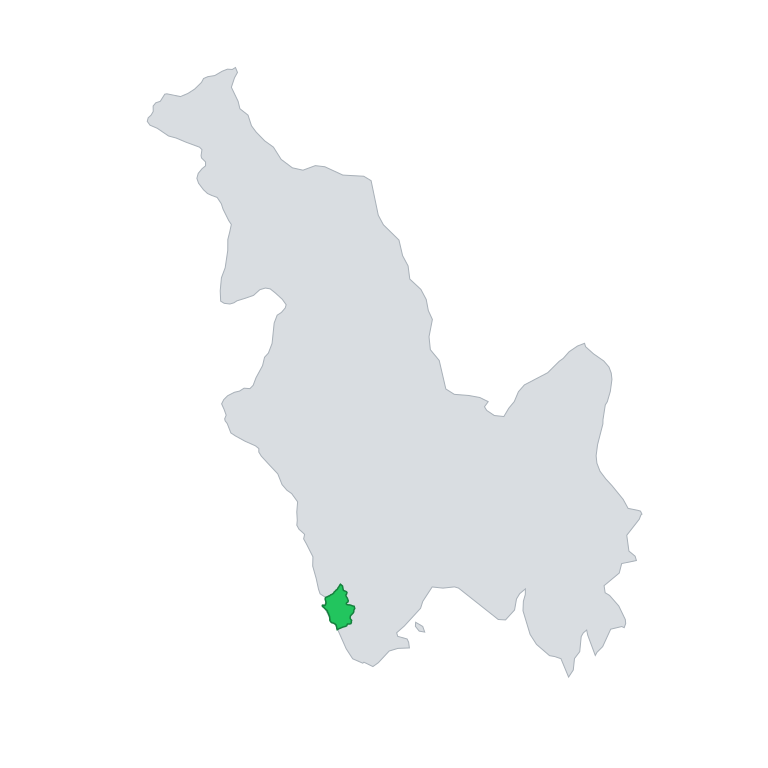 Sakju, P'yŏngan-bukto, North Korea shown in context, rotated 282°
{"feature_id": "82179303B80718033581165", "entity_name": "Sakju", "entity_type": "district", "adm_level": 2, "iso_a3": "PRK", "parent_name": "North Korea", "parent_adm1": "P'yŏngan-bukto", "projection": "robinson", "projection_center": [124.843, 40.331], "detail": "fine", "context": "in_parent", "style": "filled", "palette": "green", "viewbox_px": 768, "rotation_deg": 282, "n_neighbors": 0, "source": "geoboundaries", "source_scale": "gbopen_adm2", "svg_char_len": 6304}
<svg xmlns="http://www.w3.org/2000/svg" viewBox="0 0 768 768"><g transform="rotate(282 384 384)"><path d="M465.5,571.7L462.4,573.4L457.1,582.6L452.2,594.2L447.4,600.5L441.9,604.0L435.9,606.0L423.9,606.9L413.1,606.1L409.5,604.8L394.7,605.6L390.5,606.4L369.1,605.5L357.9,606.4L350.8,608.7L343.6,613.4L337.4,620.5L332.0,628.1L320.9,641.9L313.1,648.6L313.2,658.4L313.0,661.3L310.3,663.4L309.3,662.5L304.8,661.8L286.5,652.9L271.5,658.3L267.8,665.4L263.8,667.6L257.8,653.8L248.0,653.4L232.5,641.2L225.8,643.7L224.1,648.6L215.7,659.8L203.8,669.0L200.0,670.2L195.6,669.6L196.2,667.0L191.3,656.7L172.6,652.5L165.8,648.1L162.4,647.1L180.7,635.5L185.5,633.4L182.0,630.7L178.0,629.4L162.9,631.1L155.1,627.4L143.6,628.6L135.7,625.5L152.1,614.2L152.9,607.5L152.7,602.4L161.0,587.3L169.4,579.0L191.1,567.1L200.5,565.5L207.4,566.0L213.0,564.9L207.1,560.3L201.3,558.3L190.1,558.7L178.5,551.9L177.4,544.7L199.9,499.3L200.2,495.1L196.6,484.1L195.5,473.3L179.4,467.1L172.2,466.4L151.5,454.2L143.3,448.1L140.0,449.9L139.4,459.6L136.5,461.8L131.1,463.7L128.3,452.6L123.9,444.6L110.2,436.4L105.3,431.9L107.7,422.2L106.5,421.3L108.7,410.5L117.1,402.1L137.7,387.2L143.0,380.3L153.4,372.1L158.1,372.2L163.0,371.5L164.4,367.9L165.5,365.1L169.7,362.6L179.7,358.1L191.1,352.1L200.2,350.4L211.3,341.5L215.8,337.6L220.4,337.6L221.6,335.7L224.2,331.1L227.7,328.1L232.6,327.5L240.7,325.3L250.8,324.0L257.6,316.5L259.9,311.1L264.4,305.2L274.0,298.8L280.6,289.3L287.9,279.0L291.4,275.7L294.8,275.0L296.8,271.1L299.1,260.1L302.3,249.5L304.3,244.4L312.7,238.9L314.9,236.3L316.8,235.4L320.7,236.1L325.9,232.9L330.8,229.3L335.4,230.5L340.0,233.5L344.8,239.4L347.0,244.1L350.8,248.0L351.6,253.8L355.5,256.3L363.5,257.5L376.7,261.4L385.3,261.6L390.2,264.5L400.4,266.1L420.8,263.9L429.1,265.2L432.7,268.8L437.9,271.6L441.2,271.8L445.7,266.9L450.4,258.9L453.4,252.9L453.2,248.0L450.4,242.9L443.6,238.0L439.1,230.6L434.8,222.9L432.2,220.3L430.2,216.6L429.7,210.9L431.1,207.0L441.2,204.4L454.1,202.9L464.7,204.5L482.2,203.4L492.9,201.2L500.9,201.5L508.3,201.5L511.5,198.2L521.6,190.2L526.5,187.4L531.8,182.0L532.6,176.4L533.6,171.8L536.5,167.0L541.8,160.9L546.3,158.2L551.4,158.5L556.8,161.3L560.3,164.1L564.1,163.3L567.2,158.5L569.3,157.6L575.4,157.2L577.3,154.3L579.3,140.4L581.4,129.4L581.8,121.7L587.0,109.0L588.5,101.3L591.7,97.8L595.4,98.0L598.6,100.3L602.6,101.6L607.9,100.4L611.6,102.3L614.0,106.4L621.9,109.3L622.7,111.3L622.8,125.1L627.3,131.6L633.1,137.5L641.1,142.8L645.3,144.0L648.0,147.8L650.5,154.3L656.3,160.7L659.4,165.4L660.1,170.2L662.7,172.9L658.3,175.9L652.4,174.1L642.5,173.0L630.2,182.5L623.3,185.8L618.7,195.1L609.0,200.7L603.8,206.6L597.0,216.8L592.7,226.6L582.3,236.7L576.4,249.4L576.3,260.3L583.3,271.4L584.2,280.9L579.8,300.3L583.0,321.0L580.2,329.1L547.9,343.3L539.6,350.3L527.9,368.7L513.4,375.5L504.5,383.0L492.0,387.4L484.2,400.4L475.5,407.7L465.0,412.1L457.2,417.9L439.6,418.2L427.2,422.2L418.5,433.1L392.0,445.5L388.5,454.9L390.4,469.4L390.7,480.5L388.4,489.6L382.6,487.0L379.5,490.0L376.1,498.4L377.1,508.0L386.3,511.1L393.9,515.1L404.4,517.1L412.3,521.5L429.1,541.8L442.7,550.7L446.3,554.0L454.1,558.4L461.4,565.4L465.5,571.7ZM154.9,472.3L149.8,475.4L149.6,469.8L153.5,465.1L157.5,464.5L154.9,472.3Z" fill="#d9dde1" stroke="#a8b0b8" stroke-width="1"/><path d="M163.4,371.6L163.2,371.5L163.1,371.4L162.9,371.4L162.7,371.2L162.4,371.1L162.2,371.1L161.8,371.1L161.7,371.1L161.3,371.2L161.2,371.2L161.1,371.3L160.9,371.4L160.7,371.5L160.4,371.6L160.2,371.7L160.1,371.8L159.9,371.9L159.8,372.0L159.6,372.1L159.3,372.2L159.2,372.3L158.9,372.4L158.7,372.5L158.2,372.6L158.0,372.8L157.9,372.8L157.7,372.8L157.4,372.8L157.0,372.8L156.9,372.7L156.7,372.7L156.4,372.7L156.2,372.6L155.8,372.5L155.7,372.5L155.7,372.4L155.4,372.3L155.3,372.2L155.2,372.1L155.0,371.9L154.9,371.9L154.8,371.7L154.8,371.4L154.9,371.2L155.0,371.1L155.0,370.9L155.1,370.7L155.1,370.4L155.1,370.2L154.9,369.9L154.7,369.7L154.4,369.7L154.2,369.8L153.9,369.9L153.9,370.0L153.7,370.1L153.6,370.3L153.4,370.6L153.2,370.8L153.2,371.0L153.0,371.3L152.9,371.4L152.9,371.5L152.7,371.8L152.6,372.0L152.5,372.3L152.4,372.4L152.3,372.5L152.2,372.6L152.1,372.8L151.9,373.0L151.7,373.3L151.6,373.5L151.5,373.8L151.4,373.9L151.3,374.1L151.2,374.2L151.1,374.3L151.0,374.5L150.9,374.6L150.9,374.8L150.8,375.0L150.7,375.2L150.6,375.3L150.6,375.5L150.4,375.7L150.3,375.8L150.2,375.8L149.9,375.9L149.7,375.9L149.5,376.0L149.4,376.1L149.2,376.2L149.2,376.3L148.9,376.5L148.7,376.7L148.6,376.8L148.4,377.0L148.2,377.1L148.1,377.3L147.9,377.4L147.7,377.5L147.4,377.6L147.2,377.8L146.8,378.0L146.7,378.1L146.4,378.3L146.2,378.4L146.1,378.5L145.9,378.7L145.8,378.8L145.7,378.8L145.5,379.0L145.4,379.0L145.2,379.1L144.8,379.2L144.7,379.3L144.4,379.4L144.2,379.4L144.0,379.5L143.9,379.5L143.7,379.6L143.4,379.7L143.3,379.8L143.2,379.8L142.9,379.9L142.7,379.9L142.6,380.0L142.5,379.9L142.4,379.9L142.2,380.0L141.8,380.1L141.7,380.2L141.5,380.3L141.4,380.3L141.2,380.5L140.9,380.7L140.9,380.8L140.7,381.0L140.4,381.3L140.2,381.5L140.0,381.8L139.9,381.9L139.9,382.0L139.8,382.3L139.7,382.4L139.7,382.5L139.6,382.8L139.6,383.0L139.6,383.4L139.6,383.5L139.6,383.9L139.6,384.0L139.6,384.4L139.6,384.5L139.5,384.8L139.4,384.9L139.4,385.0L139.3,385.3L139.3,385.5L139.2,385.7L139.2,385.8L139.1,386.0L139.0,386.3L138.9,386.4L138.9,386.5L138.7,386.7L138.7,386.8L138.5,387.0L138.4,387.1L138.2,387.3L137.9,387.5L137.7,387.6L137.4,387.7L137.2,387.8L136.8,388.0L136.7,388.0L136.4,388.2L136.2,388.3L135.9,388.4L135.7,388.5L135.4,388.6L135.2,388.6L134.9,388.8L134.7,388.9L134.5,389.0L134.4,389.0L134.2,389.1L133.9,389.3L135.4,390.9L135.9,391.8L137.6,394.2L138.4,395.7L139.0,396.9L139.8,397.8L141.6,398.1L142.1,400.2L142.7,401.4L143.8,401.7L145.0,401.4L146.1,401.5L147.0,400.3L147.6,399.7L148.8,399.4L150.3,399.4L151.7,400.3L153.7,401.5L154.8,401.8L156.6,401.5L158.3,402.1L160.4,401.0L160.4,399.4L160.7,397.9L160.8,396.4L160.5,394.9L160.6,393.4L161.1,392.8L162.3,392.9L163.4,394.1L164.6,394.1L165.5,393.5L167.0,392.6L168.1,391.4L169.6,390.5L170.8,391.1L172.5,391.1L173.1,390.2L173.7,387.2L174.9,386.6L177.8,385.4L179.1,383.0L178.5,382.7L176.5,382.1L175.3,381.5L173.3,380.9L172.5,380.0L171.3,379.4L170.2,378.5L169.0,378.2L168.2,377.6L167.3,376.7L166.8,375.8L165.9,375.1L165.3,374.5L165.1,373.9L164.2,373.0L163.7,372.1L163.4,371.6Z" fill="#22c55e" stroke="#15803d" stroke-width="1.5"/></g></svg>